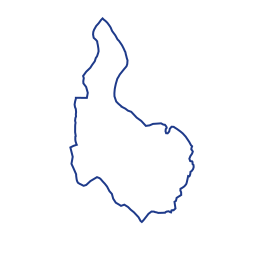 Balanga, Gombe, Nigeria (orthographic projection), rotated 126°
{"feature_id": "59680162B30817931145163", "entity_name": "Balanga", "entity_type": "district", "adm_level": 2, "iso_a3": "NGA", "parent_name": "Nigeria", "parent_adm1": "Gombe", "projection": "orthographic", "projection_center": [11.616, 9.82], "detail": "fine", "context": "isolated", "style": "outline", "palette": "blue", "viewbox_px": 256, "rotation_deg": 126, "n_neighbors": 0, "source": "geoboundaries", "source_scale": "gbopen_adm2", "svg_char_len": 2792}
<svg xmlns="http://www.w3.org/2000/svg" viewBox="0 0 256 256"><g transform="rotate(126 128 128)"><path d="M177.6,163.2L183.8,155.8L190.2,152.7L192.5,148.6L195.9,142.8L197.3,141.7L199.5,139.6L200.5,138.5L201.2,137.4L201.7,136.3L201.6,134.4L201.3,132.9L200.9,130.2L200.8,129.9L198.6,128.3L193.0,127.2L186.0,124.2L185.3,121.6L185.4,120.0L186.1,117.1L186.7,114.0L187.7,110.5L190.0,105.9L190.8,102.3L193.9,98.4L195.6,94.0L195.2,89.8L195.1,87.9L192.2,85.9L191.9,81.5L192.5,77.8L192.7,73.7L194.0,67.0L195.8,63.2L195.9,61.6L194.7,61.4L192.3,61.2L191.3,61.2L189.1,61.1L185.4,61.0L181.8,59.9L180.4,57.9L180.2,56.9L179.8,56.0L179.5,55.4L178.9,53.6L176.6,50.6L174.7,48.2L174.1,48.2L172.9,47.6L171.5,46.2L171.3,44.7L171.0,43.6L169.9,43.9L169.5,44.3L169.1,44.4L168.8,44.2L168.3,43.7L167.8,42.8L165.2,42.3L160.4,47.0L158.7,46.4L155.9,47.6L150.9,45.6L150.0,46.3L148.7,47.3L147.9,48.8L146.3,49.8L144.4,48.9L142.0,48.1L139.4,47.9L137.9,48.3L134.4,49.8L131.5,51.1L131.1,50.0L130.3,50.0L128.6,50.6L126.7,51.7L125.4,51.2L123.0,51.2L121.0,51.9L119.4,53.3L119.2,54.6L117.6,55.8L117.3,56.6L117.8,57.4L118.2,58.2L116.8,60.3L114.1,61.0L111.1,61.1L109.0,61.7L108.5,62.7L108.1,64.2L107.1,64.8L105.1,65.4L104.9,66.9L103.3,70.2L101.1,76.2L100.2,80.5L100.0,83.4L100.0,87.7L100.2,90.8L100.2,91.7L100.9,92.8L101.4,93.5L102.6,93.6L104.1,93.7L106.6,92.6L109.0,92.8L109.8,94.1L108.6,95.7L106.7,96.8L105.1,96.8L104.3,97.9L103.7,100.0L104.5,101.5L104.8,104.0L107.0,106.6L110.0,110.2L113.2,112.1L115.8,114.8L114.5,121.3L114.5,127.1L113.0,134.9L114.0,138.3L113.9,141.5L114.5,145.5L114.4,145.5L114.0,150.3L113.9,150.8L113.5,153.1L111.3,156.2L110.3,157.6L107.8,159.5L104.3,161.6L102.4,162.5L101.5,162.9L99.2,163.9L94.4,165.6L91.9,165.8L89.5,166.1L87.5,166.0L83.0,165.8L80.6,165.6L78.9,165.5L76.7,166.2L73.5,168.2L72.3,169.9L70.6,171.9L69.9,172.8L68.1,174.8L67.6,175.9L66.7,177.4L66.1,178.5L64.9,180.9L64.8,181.0L64.4,182.0L63.5,184.5L62.8,186.5L62.5,188.5L60.5,192.7L59.8,194.9L59.6,195.6L58.8,198.0L56.9,201.1L56.2,202.9L55.1,206.3L54.9,207.3L54.6,209.4L54.6,210.9L54.6,211.0L54.3,213.0L56.6,213.3L60.4,213.3L64.1,213.7L68.5,213.2L70.8,212.5L71.4,212.1L72.8,211.3L75.2,208.8L75.5,205.9L76.0,203.9L77.0,203.0L78.6,201.2L81.1,198.7L83.2,196.9L85.0,196.2L88.2,195.2L90.3,195.2L93.5,194.1L94.9,194.1L97.8,194.1L98.1,194.1L101.4,193.9L107.0,194.9L112.3,194.9L113.6,193.1L116.4,191.7L118.1,190.3L119.4,186.0L123.2,181.2L127.8,179.0L134.2,187.9L134.7,187.5L137.6,186.4L140.4,185.0L142.2,183.2L143.3,181.4L145.7,179.3L147.5,178.3L149.3,176.8L150.7,176.5L153.2,175.1L154.0,174.2L154.6,173.5L156.4,172.6L157.9,171.6L159.4,170.5L160.0,170.1L161.8,168.8L162.5,168.3L163.9,166.9L165.3,165.5L166.0,165.5L168.5,163.7L169.2,163.0L169.6,162.6L171.4,160.2L171.7,159.6L174.5,161.6L177.6,163.2Z" fill="none" stroke="#1e3a8a" stroke-width="2"/></g></svg>